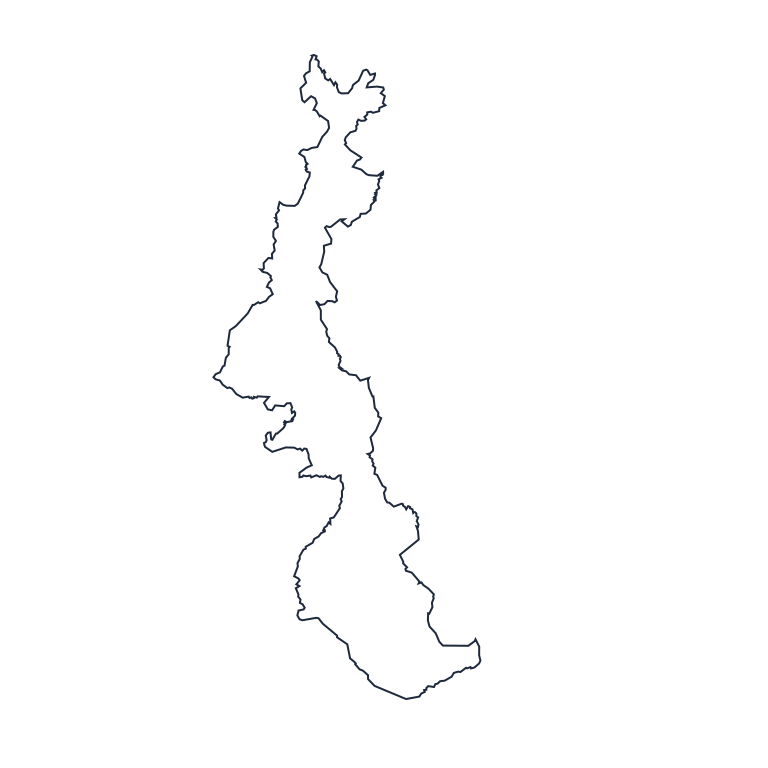 outline of Zacapala, Puebla, Mexico, rotated 115°
{"feature_id": "50627088B97591121606853", "entity_name": "Zacapala", "entity_type": "district", "adm_level": 2, "iso_a3": "MEX", "parent_name": "Mexico", "parent_adm1": "Puebla", "projection": "albers", "projection_center": [-98.077, 18.596], "detail": "fine", "context": "isolated", "style": "outline", "palette": "slate", "viewbox_px": 768, "rotation_deg": 115, "n_neighbors": 0, "source": "geoboundaries", "source_scale": "gbopen_adm2", "svg_char_len": 6166}
<svg xmlns="http://www.w3.org/2000/svg" viewBox="0 0 768 768"><g transform="rotate(115 384 384)"><path d="M106.6,533.0L108.9,535.3L119.7,535.2L126.2,538.5L129.3,537.9L135.6,539.4L138.6,545.3L138.6,548.3L135.0,552.0L132.5,553.0L131.1,555.5L134.3,555.6L130.3,561.7L132.4,562.9L131.9,566.5L127.8,569.6L126.4,568.9L125.0,571.0L127.5,571.8L124.9,574.6L123.9,577.7L119.3,579.4L118.3,581.7L118.7,583.2L115.4,583.6L115.4,586.6L117.0,588.3L117.5,587.2L123.7,587.2L132.0,583.5L135.4,586.0L138.6,586.7L143.9,581.9L151.4,584.7L161.4,578.0L162.2,575.1L154.0,571.7L154.3,567.2L157.8,563.6L165.3,563.7L164.8,561.9L165.7,559.5L168.5,555.5L167.6,555.1L169.3,545.8L175.1,542.0L179.4,542.3L186.1,544.4L197.4,544.5L200.6,549.3L204.4,552.4L205.5,556.1L207.8,557.7L211.0,558.2L211.9,552.1L216.1,548.5L216.8,546.3L218.5,547.3L220.0,546.2L220.6,546.8L221.7,544.7L222.9,545.5L224.1,543.8L223.7,540.6L227.4,539.3L237.3,539.6L240.2,538.2L242.4,539.0L244.9,538.1L256.9,538.3L260.3,540.2L263.5,547.6L264.2,550.8L263.3,555.5L269.7,554.3L271.0,552.5L275.9,553.7L278.5,551.9L279.5,552.9L280.1,550.7L282.5,550.8L283.5,548.2L286.5,546.6L290.6,548.8L292.8,548.6L297.4,546.5L300.0,542.4L304.2,543.0L309.2,539.5L313.3,540.6L317.5,538.4L318.6,542.0L325.3,544.2L330.0,541.7L331.7,542.2L332.4,544.4L333.6,541.4L332.7,536.7L334.0,532.1L335.4,532.0L337.3,529.6L340.6,531.1L345.5,531.2L345.4,527.7L349.6,522.8L353.6,525.0L358.6,526.1L363.3,530.6L363.1,532.6L367.5,535.4L367.8,536.5L377.5,537.3L394.0,542.7L400.5,546.4L415.4,542.0L415.6,539.6L416.8,540.0L422.7,537.3L427.1,538.4L434.8,536.3L436.3,537.5L442.8,537.6L446.2,540.7L450.0,541.4L450.9,538.5L450.2,534.3L452.8,529.8L453.9,524.2L452.5,522.7L452.5,519.7L455.5,513.6L456.1,506.3L452.6,501.3L453.5,500.0L452.2,498.7L453.0,497.2L451.9,496.0L450.7,496.5L450.1,493.5L448.6,493.3L444.4,482.8L451.8,484.8L456.1,478.6L455.1,474.3L449.4,473.6L446.3,465.1L442.6,463.9L440.9,460.7L444.1,457.3L446.1,457.3L449.1,455.2L446.7,453.8L447.6,452.3L450.3,451.3L454.5,452.8L455.4,452.7L454.7,451.5L456.4,451.4L459.7,456.1L459.5,458.3L460.9,458.4L460.8,456.5L462.6,457.3L463.0,456.2L466.4,456.5L474.0,459.8L474.6,461.0L481.7,461.6L481.9,462.8L475.8,466.4L477.3,468.7L480.7,469.4L484.5,466.6L486.7,466.6L488.1,467.8L489.7,466.8L491.3,465.1L492.7,456.6L483.0,446.2L479.6,438.4L479.8,434.6L478.0,432.8L478.9,429.9L476.2,429.0L475.6,426.8L479.7,422.6L483.2,420.8L488.2,415.1L492.3,418.7L500.2,423.1L504.2,421.2L502.5,418.7L501.0,418.4L500.5,415.6L498.1,412.0L499.4,410.5L495.3,406.7L495.3,402.8L494.2,402.1L493.8,399.8L491.7,398.3L492.6,396.9L492.0,393.9L491.0,394.0L491.9,391.4L490.8,388.5L486.2,386.4L485.1,384.5L490.3,382.4L491.6,379.4L495.8,376.7L499.1,376.8L504.1,374.3L506.6,374.6L508.4,372.7L513.3,373.1L515.1,371.5L526.1,373.1L528.6,376.0L533.4,373.5L532.8,375.7L537.0,375.9L539.1,377.3L542.1,377.2L541.6,375.8L542.6,375.3L545.8,378.0L549.7,378.8L553.9,381.7L558.1,381.6L564.6,386.2L566.2,385.3L568.2,387.0L575.7,387.7L578.2,386.4L582.9,386.7L585.7,385.0L596.2,384.2L596.4,379.4L597.5,377.5L602.6,378.7L602.9,375.3L606.4,377.6L610.9,372.6L613.0,371.9L614.6,368.6L617.9,367.7L618.1,364.6L620.3,361.3L622.3,361.6L625.4,365.7L630.4,364.7L632.9,361.1L632.6,358.1L624.5,346.5L624.0,344.3L627.1,338.2L631.9,320.1L633.4,319.5L635.4,307.3L647.0,298.8L648.4,293.3L649.2,291.5L650.1,291.7L652.9,285.6L652.7,281.9L654.6,275.5L658.2,273.7L661.6,264.9L660.2,230.9L652.4,219.9L648.8,219.4L645.8,216.9L644.4,218.3L643.2,216.4L641.6,217.1L639.1,216.2L637.5,210.6L634.3,210.6L632.9,208.8L629.6,207.5L627.2,203.6L620.7,199.0L616.3,198.6L613.4,195.3L612.7,193.0L606.5,189.7L606.5,188.4L604.0,186.0L605.0,184.9L602.7,182.2L597.1,179.7L594.0,179.7L589.7,183.1L581.8,186.7L576.7,193.2L578.7,193.1L585.6,196.9L596.2,220.1L594.2,225.0L588.1,231.7L584.6,240.2L579.9,244.2L573.2,247.1L573.1,245.9L565.8,245.8L562.0,248.1L557.1,248.4L555.9,249.6L553.6,249.9L550.7,257.2L549.6,263.5L548.0,266.1L550.1,268.3L548.1,268.3L543.2,279.2L544.0,285.2L542.6,286.4L540.4,285.6L538.4,290.9L537.1,291.3L532.1,297.4L510.3,286.8L502.8,291.1L499.3,294.5L499.2,292.8L496.7,293.4L494.4,296.4L490.5,296.7L490.0,298.9L487.7,299.9L487.1,301.5L487.3,302.7L488.5,303.0L485.6,305.2L485.6,307.9L484.4,308.4L484.5,310.5L488.2,310.9L486.5,313.1L486.3,315.2L484.9,316.1L484.9,317.3L491.0,323.3L489.3,328.9L490.0,331.0L487.5,334.6L482.6,338.1L479.1,337.8L477.3,338.7L476.8,342.4L469.3,351.8L469.4,354.8L463.5,356.5L462.7,359.7L460.6,359.8L459.1,362.0L457.1,362.6L456.5,366.1L454.7,366.5L454.3,369.2L452.7,367.2L449.2,365.8L446.8,366.7L438.2,373.6L429.4,371.7L416.2,372.1L415.8,375.6L412.3,377.1L409.5,382.3L399.7,388.4L400.2,389.2L393.9,396.1L387.2,400.2L384.7,400.1L391.0,406.9L387.9,413.1L390.0,419.5L388.5,423.7L389.4,427.6L388.6,430.8L387.8,429.1L387.2,431.9L385.9,433.1L381.4,433.2L379.7,434.7L377.9,434.5L377.0,435.9L377.7,437.1L376.2,437.7L376.0,439.5L374.5,440.1L371.6,443.9L369.2,451.7L365.7,452.8L364.3,455.8L361.1,458.4L358.3,458.9L352.4,468.4L343.9,472.4L337.6,480.7L339.4,475.3L336.9,471.8L332.6,470.3L330.8,465.9L330.8,463.2L328.2,461.9L325.2,464.5L319.8,465.6L314.4,476.0L309.0,481.6L308.9,487.0L305.6,491.8L302.0,491.5L289.4,494.1L284.1,496.9L279.1,491.3L274.8,493.0L267.3,503.6L265.2,502.7L264.9,499.8L263.7,498.4L253.4,493.3L251.4,489.5L254.5,491.1L256.6,483.2L253.9,481.3L250.5,481.7L242.9,476.5L239.7,477.1L237.1,472.4L231.7,469.9L227.3,471.5L222.6,469.8L221.7,470.9L221.0,469.2L218.4,470.5L219.7,471.5L219.3,472.1L216.6,470.7L215.8,472.2L215.0,471.4L214.4,472.6L213.6,471.5L211.8,472.7L208.4,471.0L205.7,473.8L202.0,474.1L200.8,475.4L198.2,473.4L197.7,474.8L195.9,475.4L195.2,473.7L194.1,473.5L192.1,474.5L198.1,478.0L201.1,485.9L201.3,488.6L199.3,495.1L200.3,504.1L192.9,502.9L190.7,500.7L188.3,500.1L186.4,513.4L183.4,520.7L181.7,520.1L179.6,522.6L176.5,522.9L170.2,520.9L166.5,516.8L164.3,516.8L161.8,518.3L159.9,517.5L158.0,519.2L155.2,519.0L155.2,516.0L153.4,512.8L151.6,512.0L150.2,514.6L146.9,513.0L144.9,514.0L142.7,510.9L142.9,508.7L138.8,503.7L135.8,504.9L130.8,500.5L129.9,503.7L122.7,504.9L121.8,509.8L117.2,508.6L115.6,510.0L117.4,516.0L122.5,525.0L118.1,525.4L112.8,522.2L107.4,522.8L106.4,523.4L109.7,527.1L106.7,531.5L106.6,533.0Z" fill="none" stroke="#1e293b" stroke-width="2"/></g></svg>